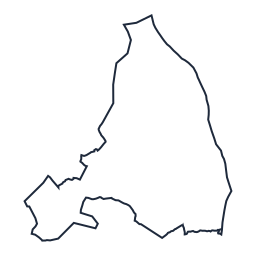 Ihitte/Uboma, Imo, Nigeria
{"feature_id": "59680162B14530293305891", "entity_name": "Ihitte/Uboma", "entity_type": "district", "adm_level": 2, "iso_a3": "NGA", "parent_name": "Nigeria", "parent_adm1": "Imo", "projection": "natural_earth1", "projection_center": [7.376, 5.644], "detail": "fine", "context": "isolated", "style": "outline", "palette": "slate", "viewbox_px": 256, "rotation_deg": 0, "n_neighbors": 0, "source": "geoboundaries", "source_scale": "gbopen_adm2", "svg_char_len": 3150}
<svg xmlns="http://www.w3.org/2000/svg" viewBox="0 0 256 256"><path d="M31.7,233.8L35.2,234.7L39.0,237.4L41.8,239.9L42.2,240.6L45.5,240.5L46.9,240.1L50.1,240.4L58.2,238.6L73.8,222.9L95.5,228.3L97.8,223.7L92.2,216.4L80.7,212.8L80.9,209.9L81.4,208.3L82.3,205.5L83.3,201.9L86.0,197.6L88.4,197.9L91.9,199.2L93.4,199.2L95.8,198.7L97.7,198.0L99.7,197.1L100.9,197.3L101.5,197.9L103.6,199.0L105.8,198.6L111.6,197.9L112.0,198.5L115.6,200.2L118.5,200.4L121.6,202.2L123.7,203.3L124.5,203.6L126.3,204.1L128.5,205.2L129.8,206.1L131.3,208.1L132.9,210.3L133.6,211.8L134.5,213.1L135.4,213.8L135.6,214.9L135.6,216.2L135.2,217.1L134.9,219.6L134.7,220.7L136.3,221.4L139.4,224.1L141.0,224.2L162.1,237.9L165.9,235.1L167.3,233.8L167.9,232.9L168.7,232.5L169.6,232.4L170.9,231.4L171.2,231.2L172.2,231.0L173.1,230.8L173.5,230.5L174.4,229.6L175.3,229.0L175.7,229.0L176.7,228.3L179.8,226.4L181.8,225.2L182.8,225.6L182.9,225.4L183.1,226.2L183.4,226.9L183.9,228.0L184.1,229.5L184.4,230.6L184.7,231.9L184.8,232.9L184.7,233.7L184.7,234.4L185.4,234.3L186.2,234.1L186.9,233.7L187.5,232.4L188.0,231.7L189.4,231.6L190.0,231.7L190.5,231.7L190.9,231.5L191.5,231.4L192.0,231.2L192.5,231.1L193.1,231.0L193.5,231.3L194.1,231.6L195.1,232.0L195.8,231.9L196.5,232.1L197.3,232.0L197.9,231.7L198.4,231.6L199.3,231.0L200.2,230.4L202.8,230.8L203.8,230.7L205.5,230.8L206.7,231.2L207.7,231.2L208.3,230.9L208.8,230.9L209.7,231.0L210.6,231.5L211.6,230.6L212.3,230.4L212.8,230.4L213.4,230.5L214.4,230.7L216.5,230.7L217.4,230.3L217.8,229.9L218.4,230.0L219.8,229.6L218.4,232.0L218.0,232.9L218.3,233.5L219.9,233.6L221.3,234.5L221.9,230.3L222.5,222.4L223.4,216.7L224.4,210.4L225.3,205.7L226.3,201.0L228.2,196.8L231.4,191.0L228.4,181.8L227.5,178.9L227.0,177.4L226.5,173.4L226.2,171.1L225.4,164.4L225.3,163.7L224.0,159.0L222.3,155.9L221.0,150.6L216.1,144.3L214.3,138.5L213.0,134.8L211.7,131.1L210.0,125.4L208.2,119.6L208.7,114.9L208.8,110.7L208.4,106.0L206.6,99.7L206.2,96.0L205.8,95.0L204.5,91.8L202.2,87.0L200.0,82.3L198.8,79.6L197.8,77.6L196.5,73.4L193.4,67.6L188.5,62.8L184.9,60.2L181.8,58.6L177.8,54.4L173.7,50.7L169.7,46.4L169.3,46.1L167.0,44.3L164.4,41.1L162.2,38.1L160.3,35.3L158.1,32.2L155.3,27.7L153.7,24.3L152.7,20.3L152.4,19.0L151.5,15.4L136.4,22.8L123.9,24.7L127.2,30.5L127.8,31.5L130.9,40.0L127.5,53.4L116.4,63.2L114.9,72.8L113.2,84.6L113.3,103.2L102.8,122.2L101.5,124.2L100.0,126.0L99.4,127.3L98.6,129.0L98.8,130.1L99.7,132.3L100.5,133.5L101.3,135.3L103.4,137.7L104.6,139.5L105.5,141.0L105.6,141.8L103.7,143.9L101.0,147.3L98.8,149.7L97.6,150.6L96.9,149.4L95.9,149.1L94.3,150.2L94.3,151.4L93.1,151.7L91.0,152.2L90.3,152.8L88.3,154.0L86.5,155.1L84.3,155.9L83.9,155.9L81.4,155.1L81.2,156.2L81.3,157.9L81.2,159.3L80.4,161.2L80.4,161.6L82.2,162.9L83.4,164.2L84.4,165.2L85.6,165.9L86.8,166.2L79.9,179.6L76.7,178.2L73.6,177.9L73.6,178.7L72.4,179.7L71.9,179.9L71.4,179.7L70.6,179.6L69.4,179.2L68.6,178.8L67.7,179.2L65.6,180.0L65.0,181.3L63.3,182.1L62.7,182.8L62.4,183.6L59.5,185.1L58.3,185.9L58.4,187.5L56.9,185.7L52.5,180.6L50.0,177.3L48.1,175.9L43.3,182.8L24.6,201.2L27.2,206.4L29.3,206.5L35.4,218.2L37.0,223.7L35.5,226.4L32.7,229.4L31.7,233.8Z" fill="none" stroke="#1e293b" stroke-width="2"/></svg>